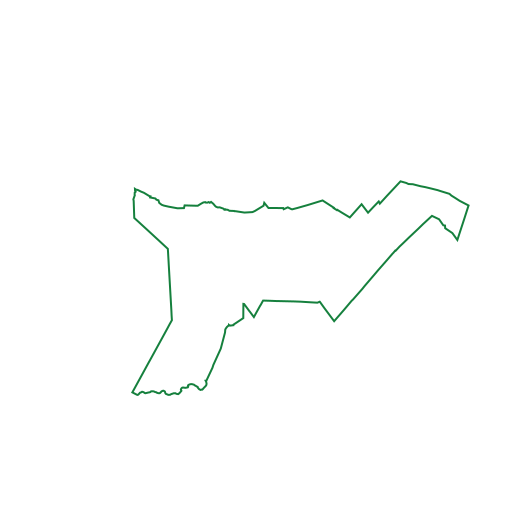 Progreso, Coahuila, Mexico (Natural Earth projection), rotated 134°
{"feature_id": "50627088B48984419836516", "entity_name": "Progreso", "entity_type": "district", "adm_level": 2, "iso_a3": "MEX", "parent_name": "Mexico", "parent_adm1": "Coahuila", "projection": "natural_earth1", "projection_center": [-100.831, 27.377], "detail": "fine", "context": "isolated", "style": "outline", "palette": "green", "viewbox_px": 512, "rotation_deg": 134, "n_neighbors": 0, "source": "geoboundaries", "source_scale": "gbopen_adm2", "svg_char_len": 4158}
<svg xmlns="http://www.w3.org/2000/svg" viewBox="0 0 512 512"><g transform="rotate(134 256 256)"><path d="M248.6,154.5L233.5,155.3L221.6,156.1L220.0,156.0L205.2,156.7L204.5,156.8L203.3,156.9L202.3,157.0L200.8,157.1L184.2,158.1L181.2,158.3L176.9,158.5L168.5,158.9L159.7,159.4L158.2,159.4L156.6,159.5L155.5,159.6L155.3,159.6L155.2,159.2L149.4,159.3L145.2,159.1L136.3,158.8L123.8,158.2L116.8,158.0L104.9,157.3L102.4,149.8L103.8,142.6L102.8,141.2L104.6,139.2L103.1,130.7L104.6,122.3L84.6,132.0L72.0,138.2L74.6,147.0L74.8,147.6L75.8,152.7L76.8,157.4L76.9,160.0L81.4,168.9L82.4,171.0L86.1,177.4L89.0,182.3L91.5,186.1L95.3,192.8L95.4,193.0L98.3,196.3L99.1,198.7L101.9,203.9L121.8,203.6L132.3,203.3L131.5,205.6L139.5,205.6L147.0,205.5L146.4,209.6L145.4,216.0L163.1,215.3L165.3,224.9L166.3,229.6L166.8,229.6L167.6,233.4L167.2,233.5L169.8,246.7L183.4,254.2L192.2,259.3L192.4,259.4L197.3,262.4L197.4,262.5L197.9,263.6L198.9,266.9L203.1,268.6L202.6,269.7L206.6,273.9L212.8,280.4L212.0,287.0L214.6,285.5L224.5,288.1L226.8,289.0L227.7,289.8L232.8,294.5L238.1,302.0L238.6,302.5L238.7,302.8L238.8,302.8L239.0,303.2L239.4,303.7L241.9,306.5L242.4,308.4L243.3,309.6L243.7,310.5L244.3,310.4L244.7,311.0L244.5,311.6L244.6,312.4L246.2,315.9L247.6,317.2L248.3,318.8L248.4,320.1L248.1,323.0L248.3,325.9L249.8,326.2L250.1,327.5L251.3,328.0L252.5,329.3L252.5,329.9L254.1,331.1L256.7,331.9L260.3,332.8L262.0,334.6L269.2,342.5L271.6,341.1L276.2,345.6L281.2,353.1L283.8,357.4L284.7,359.5L285.0,362.5L283.7,364.9L284.7,366.7L284.5,368.3L287.4,372.8L286.4,373.3L287.0,374.4L288.4,380.6L289.5,383.3L290.7,387.1L291.5,388.1L291.8,389.7L293.0,388.4L293.4,387.2L294.6,387.3L296.2,385.9L296.5,385.4L300.4,383.6L301.3,382.3L313.2,370.0L312.7,351.6L312.2,329.8L312.1,324.4L314.0,322.3L321.4,314.3L321.5,314.2L354.1,278.9L357.5,275.3L360.6,271.9L365.2,270.7L370.1,269.3L370.5,269.2L379.2,266.8L405.6,259.6L406.1,259.5L421.0,255.4L440.0,250.2L438.5,245.2L438.2,244.7L437.9,244.5L437.1,244.4L436.0,244.4L435.0,244.5L433.9,243.9L433.4,243.8L432.9,243.7L432.6,243.4L432.4,242.9L432.1,242.4L432.0,242.2L432.0,241.8L431.9,241.0L431.6,240.3L430.7,239.7L429.8,239.1L429.1,238.7L428.2,238.0L427.7,237.7L427.3,237.5L427.2,237.5L426.8,237.5L426.4,237.5L425.9,237.2L425.5,236.7L424.9,236.2L424.4,235.4L424.3,235.2L423.9,234.0L423.5,233.4L423.2,232.8L423.2,232.2L423.0,231.8L422.8,231.5L422.6,231.1L422.3,230.7L421.6,230.0L421.3,229.9L421.0,229.9L420.5,229.9L420.2,229.8L419.5,229.9L418.9,229.9L418.0,229.5L417.7,229.4L417.3,229.1L417.1,228.8L417.0,228.4L416.8,227.4L417.0,227.0L417.2,226.7L417.6,226.0L417.7,225.5L417.8,225.2L417.6,224.6L417.3,223.9L417.0,223.2L416.9,222.8L416.5,222.3L415.5,221.4L414.7,221.2L413.7,220.8L413.1,220.4L412.6,220.2L412.0,219.9L411.6,219.5L411.1,219.0L410.8,218.8L410.7,218.4L410.4,217.6L410.2,217.1L409.9,216.7L409.4,216.0L408.9,215.9L408.5,215.9L407.0,215.8L406.4,215.9L405.3,215.9L404.8,216.0L404.7,216.1L404.6,216.7L404.5,216.9L404.2,217.3L403.4,217.6L402.6,217.7L402.0,217.6L401.6,217.4L401.3,217.0L400.9,216.7L400.7,216.2L400.4,215.9L400.0,215.4L399.5,214.9L398.5,214.3L397.9,213.8L397.7,213.8L397.2,214.0L396.8,214.3L396.7,214.7L396.2,215.0L395.7,215.0L394.6,214.6L393.5,213.9L392.7,213.1L391.7,211.3L391.5,209.7L391.3,209.3L391.1,208.2L390.7,207.1L391.0,206.7L391.1,206.2L391.2,205.8L391.3,204.6L391.2,203.9L390.9,203.1L390.9,202.9L390.7,202.7L390.1,202.5L389.7,202.2L389.4,201.8L389.2,201.8L388.9,201.8L388.7,201.8L388.4,201.8L388.1,201.8L387.6,201.9L384.4,201.9L383.6,202.0L382.7,202.5L382.4,202.7L382.0,203.1L381.1,204.5L380.7,205.6L380.1,205.1L366.6,209.7L364.0,211.0L347.1,217.0L332.6,225.1L331.1,226.3L330.6,226.8L329.4,227.3L327.3,227.6L324.5,227.4L324.4,227.5L324.3,226.5L324.0,226.3L324.0,226.2L323.4,225.8L322.9,225.3L322.1,224.7L321.5,224.2L321.2,224.5L320.9,224.5L317.8,223.8L309.5,222.0L302.9,228.3L299.2,231.8L298.8,231.2L299.1,229.4L300.3,222.2L300.3,221.9L301.4,215.1L296.7,216.4L291.8,217.7L289.2,218.4L287.7,218.7L283.7,219.8L283.1,219.9L278.3,214.6L274.2,210.0L273.9,209.7L262.0,196.8L260.4,195.0L257.8,192.1L250.9,184.0L247.0,179.5L246.9,179.4L244.6,178.4L244.6,178.2L246.0,170.5L248.6,154.5Z" fill="none" stroke="#15803d" stroke-width="2"/></g></svg>